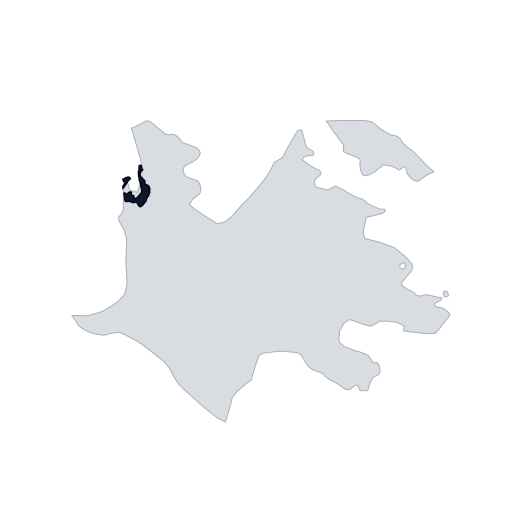 Lankaran District, Lankaran, Azerbaijan (highlighted), rotated 166°
{"feature_id": "54616110B17009633679109", "entity_name": "Lankaran District", "entity_type": "district", "adm_level": 2, "iso_a3": "AZE", "parent_name": "Azerbaijan", "parent_adm1": "Lankaran", "projection": "equal_earth", "projection_center": [49.011, 39.075], "detail": "fine", "context": "in_parent", "style": "filled", "palette": "ink", "viewbox_px": 512, "rotation_deg": 166, "n_neighbors": 0, "source": "geoboundaries", "source_scale": "gbopen_adm2", "svg_char_len": 5068}
<svg xmlns="http://www.w3.org/2000/svg" viewBox="0 0 512 512"><g transform="rotate(166 256 256)"><path d="M345.9,410.3L343.9,410.2L329.6,413.7L326.7,412.6L314.5,396.5L312.0,394.8L306.8,394.0L303.7,391.4L301.2,387.1L299.8,383.9L287.3,375.3L285.4,372.1L285.2,369.3L287.0,366.8L289.2,364.7L295.3,362.5L302.5,360.7L304.8,359.3L306.0,357.0L305.9,353.3L304.7,349.7L294.5,343.1L293.4,340.3L293.0,336.8L293.6,333.1L295.3,330.3L303.7,326.4L308.2,322.4L305.4,317.9L296.4,307.7L285.7,296.6L278.6,296.5L270.3,299.8L257.1,309.3L249.8,313.4L240.2,320.2L229.8,327.7L221.2,335.7L215.8,342.3L206.4,345.2L201.5,350.8L185.5,367.5L181.1,367.3L180.9,359.0L181.2,352.4L180.2,348.6L175.2,343.5L175.1,341.2L176.5,339.9L180.5,340.7L185.5,340.4L187.9,338.4L182.6,331.6L177.9,327.0L173.8,323.9L172.9,322.1L173.0,320.8L173.8,319.3L180.8,315.5L181.5,312.1L181.1,308.2L170.2,302.6L161.9,304.7L154.6,298.3L149.9,293.4L144.0,288.2L138.8,285.3L133.8,278.7L125.1,271.9L119.5,270.0L119.6,268.9L120.7,267.7L123.0,266.6L138.7,266.9L140.7,265.7L141.7,262.8L143.9,258.5L146.5,252.1L146.3,246.8L130.8,238.2L119.5,230.3L111.7,219.9L106.5,210.4L106.8,207.2L108.4,204.2L120.7,195.4L121.6,193.2L121.3,191.6L117.1,187.1L111.7,182.5L110.0,179.2L106.6,177.4L100.1,177.3L88.8,171.7L86.3,171.1L85.8,170.0L86.4,168.8L94.6,166.5L94.5,164.7L92.1,162.2L87.5,160.4L83.4,155.9L82.0,151.8L97.0,140.0L101.3,137.6L110.9,139.8L130.8,147.6L129.4,152.0L131.4,154.4L135.9,157.8L144.7,161.1L152.1,162.9L155.9,161.4L161.7,160.1L169.1,164.0L175.9,169.0L179.4,171.0L181.2,171.6L186.4,169.9L192.8,163.6L195.4,155.9L196.1,152.2L192.5,147.1L185.0,141.6L176.7,136.7L171.3,132.4L167.9,124.0L164.5,123.1L163.6,122.0L163.1,119.1L163.3,115.1L164.5,112.0L167.9,110.7L171.4,110.2L174.5,107.3L178.5,101.5L180.2,98.3L187.5,100.1L188.4,105.3L189.7,106.4L192.8,105.8L197.9,103.6L201.9,105.3L207.0,111.4L214.1,117.9L217.9,122.3L219.4,125.3L223.0,128.3L228.4,131.7L232.6,137.1L236.3,149.7L240.1,152.6L254.0,157.4L258.8,158.3L272.4,160.0L277.2,158.8L284.3,148.0L290.6,136.8L296.5,134.5L307.2,129.1L313.5,124.0L316.2,118.6L322.2,108.2L325.9,102.4L332.2,107.6L343.0,121.6L358.5,144.4L362.3,150.9L364.8,158.4L366.9,167.5L370.5,175.5L386.3,195.8L393.1,203.3L404.3,213.1L408.2,215.2L413.4,215.9L422.9,215.9L431.8,219.7L436.1,222.4L440.7,226.2L444.7,230.7L448.9,242.7L433.5,238.7L418.1,239.4L409.4,241.9L401.0,245.4L392.9,250.4L387.8,260.0L383.6,282.4L377.4,303.4L377.6,313.1L380.4,322.5L380.1,326.9L377.2,328.8L373.6,332.8L368.8,352.1L366.4,356.0L363.4,358.4L362.5,356.1L362.7,351.0L355.9,346.5L352.3,351.6L349.9,362.2L344.9,373.5L344.6,375.6L345.9,410.3ZM118.6,212.4L119.3,209.4L117.4,208.0L115.4,208.0L113.6,209.5L113.5,213.2L116.0,213.8L118.6,212.4ZM66.4,299.6L64.2,296.5L63.1,294.8L70.0,293.4L81.4,289.2L84.5,291.2L87.7,295.4L89.3,299.0L89.5,305.7L90.8,306.8L96.4,304.6L98.8,307.3L103.0,310.5L110.3,313.7L121.0,308.7L126.3,307.4L130.7,307.5L133.0,309.1L133.8,314.3L132.8,320.8L131.5,324.3L133.7,326.9L142.4,333.1L145.9,336.5L144.1,342.5L150.4,357.1L152.5,362.9L155.0,369.9L141.7,367.1L117.7,361.2L111.2,358.2L105.0,350.0L101.4,346.1L96.0,341.0L91.5,339.1L88.1,335.6L86.3,330.4L83.5,325.7L78.7,320.2L67.8,301.5L66.4,299.6ZM83.0,175.4L81.6,176.5L79.3,175.4L78.7,173.2L78.9,170.8L81.1,170.2L83.0,170.9L83.4,173.0L83.0,175.4Z" fill="#d9dde1" stroke="#a8b0b8" stroke-width="1"/><path d="M343.6,343.5L343.7,343.8L343.5,345.2L342.9,346.1L342.9,346.8L342.8,348.0L342.8,348.8L343.1,349.6L343.5,350.4L344.2,351.1L344.8,351.4L345.7,351.8L346.3,352.1L346.1,352.7L346.1,353.8L345.9,354.6L345.8,355.4L345.8,356.2L346.5,357.1L347.0,357.9L347.4,358.7L347.6,359.7L348.4,360.2L348.8,360.9L348.8,361.7L348.8,363.0L348.4,364.0L347.9,364.8L347.0,365.9L345.7,366.5L345.0,367.2L345.7,368.2L345.5,369.9L345.2,371.0L345.5,371.7L347.3,372.0L348.0,370.6L348.3,369.2L349.0,367.3L349.6,366.1L350.1,364.6L350.4,362.9L350.5,361.4L350.6,359.4L350.9,357.8L350.6,356.3L350.5,354.7L350.5,353.2L350.9,351.0L350.9,348.7L350.9,347.8L351.2,346.2L352.1,345.1L352.8,344.4L353.9,343.7L354.8,343.1L355.6,342.5L356.9,341.6L357.8,341.1L358.6,340.9L359.4,341.0L360.2,341.6L360.2,342.8L360.1,343.6L360.1,344.1L361.5,344.9L362.3,345.5L361.9,347.0L361.5,347.8L362.0,348.5L363.2,348.7L364.9,348.1L365.5,347.4L366.7,347.1L367.6,348.4L368.4,349.1L368.9,349.0L369.0,348.0L369.2,346.8L369.3,345.6L369.4,343.8L369.8,342.8L369.8,341.1L369.1,340.3L368.1,340.1L366.5,340.0L365.5,339.6L364.1,338.6L362.7,337.8L362.1,337.4L361.0,337.4L359.3,337.4L359.0,337.0L358.5,336.2L358.2,335.3L357.9,334.0L357.6,333.0L356.7,331.9L355.6,331.8L354.5,332.3L353.4,332.9L352.3,333.8L351.1,334.7L350.0,335.4L349.1,336.5L348.6,337.5L347.9,338.8L346.8,339.6L345.7,340.4L345.2,341.3L344.6,342.3L343.7,343.4L343.6,343.5ZM368.6,354.0L367.8,354.4L367.3,355.0L366.6,355.6L365.8,356.4L364.5,357.4L363.5,358.3L362.5,359.3L361.6,360.1L360.3,360.7L359.3,361.3L359.3,362.2L360.2,363.3L361.3,363.5L362.9,363.5L364.3,363.1L365.4,362.9L366.3,362.9L366.7,362.2L366.6,361.9L366.4,360.8L365.7,359.5L365.8,358.5L366.2,357.5L367.1,356.9L368.2,356.0L368.5,355.1L368.5,354.3L368.6,354.0Z" fill="#0f172a" stroke="#020617" stroke-width="1.5"/></g></svg>